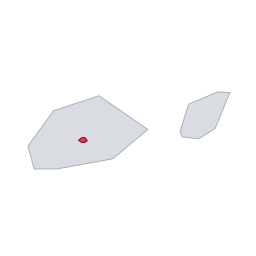 Balzan on a map of Malta (Albers equal-area conic projection), rotated 125°
{"feature_id": "MLT-5930", "entity_name": "Balzan", "entity_type": "state/province", "adm_level": 1, "iso_a3": "MLT", "parent_name": "Malta", "parent_adm1": "", "projection": "albers", "projection_center": [14.452, 35.895], "detail": "fine", "context": "in_parent", "style": "filled", "palette": "rose", "viewbox_px": 256, "rotation_deg": 125, "n_neighbors": 0, "source": "natural_earth", "source_scale": "10m", "svg_char_len": 521}
<svg xmlns="http://www.w3.org/2000/svg" viewBox="0 0 256 256"><g transform="rotate(125 128 128)"><path d="M215.4,181.4L200.2,199.6L156.5,198.8L118.3,170.4L117.9,111.0L161.9,122.8L202.1,162.6L215.4,181.4ZM100.8,83.4L73.7,92.0L46.9,75.1L40.6,64.9L78.2,56.4L96.4,64.0L104.2,78.6L100.8,83.4Z" fill="#d9dde1" stroke="#a8b0b8" stroke-width="1"/><path d="M162.0,154.3L164.7,155.5L165.8,157.1L166.4,159.1L166.2,161.1L163.6,160.6L162.0,159.6L160.8,157.8L162.0,154.3Z" fill="#f43f5e" stroke="#9f1239" stroke-width="1.5"/></g></svg>